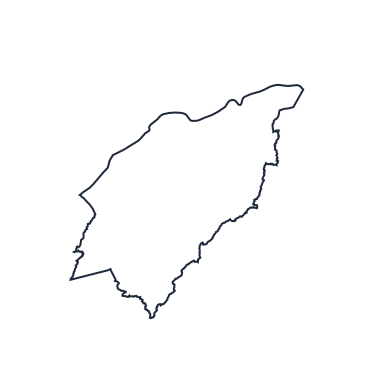 Unguía, Chocó, Colombia (Equal Earth projection), rotated 235°
{"feature_id": "7082276B20687876454915", "entity_name": "Unguía", "entity_type": "district", "adm_level": 2, "iso_a3": "COL", "parent_name": "Colombia", "parent_adm1": "Chocó", "projection": "equal_earth", "projection_center": [-77.198, 8.098], "detail": "fine", "context": "isolated", "style": "outline", "palette": "slate", "viewbox_px": 384, "rotation_deg": 235, "n_neighbors": 0, "source": "geoboundaries", "source_scale": "gbopen_adm2", "svg_char_len": 5994}
<svg xmlns="http://www.w3.org/2000/svg" viewBox="0 0 384 384"><g transform="rotate(235 192 192)"><path d="M212.1,341.9L216.9,341.2L219.3,339.4L223.4,332.0L226.7,328.0L229.8,324.8L231.3,322.4L232.5,319.5L233.5,316.2L234.4,309.6L235.4,305.1L238.4,296.5L239.7,290.3L239.7,288.6L239.3,287.0L235.9,282.8L235.6,282.2L235.7,281.3L236.3,280.6L237.1,280.2L241.3,280.0L242.9,279.3L244.4,277.7L245.1,275.6L244.9,273.2L243.0,268.8L242.7,267.5L242.8,259.4L243.7,252.2L245.6,245.1L246.7,239.4L247.6,236.8L250.1,233.0L251.3,232.0L252.5,231.7L258.5,231.6L260.3,230.8L262.9,228.7L266.9,223.6L269.8,218.7L272.2,213.2L272.5,210.2L272.2,208.4L271.4,205.6L270.9,196.9L270.6,195.7L269.7,194.0L267.4,193.0L266.9,192.5L266.8,191.6L266.9,187.2L265.3,180.7L264.8,177.5L265.7,161.0L267.6,147.9L267.0,147.3L265.9,144.5L264.9,142.5L260.5,137.3L260.0,136.3L259.0,130.9L254.8,114.8L254.1,110.0L254.3,103.0L253.9,98.4L253.5,98.7L250.6,99.1L248.9,99.9L245.7,100.1L240.4,101.0L235.0,101.1L229.1,100.0L228.9,99.0L228.2,98.6L228.0,97.9L227.3,97.6L227.1,96.5L227.4,95.9L226.2,93.6L226.3,92.3L225.3,91.4L224.7,90.2L224.9,89.4L225.6,89.0L225.6,88.3L223.6,86.8L223.7,85.9L223.2,85.1L221.9,84.9L222.0,83.1L221.4,82.0L220.9,81.7L220.9,80.4L220.6,79.5L218.2,78.1L216.3,76.3L216.4,75.3L216.3,73.6L213.5,71.1L212.1,69.2L211.9,68.2L212.2,66.5L212.5,66.3L213.1,66.6L213.2,66.3L210.4,63.0L210.3,62.4L210.5,61.0L210.0,61.3L210.1,62.3L209.9,63.1L208.9,64.1L209.1,65.1L208.6,64.9L208.1,65.7L207.2,65.9L207.0,66.7L206.3,67.4L206.0,67.0L205.7,67.2L205.7,67.8L204.5,67.2L204.1,67.8L203.8,67.8L203.5,67.3L203.4,66.0L203.2,65.7L203.0,66.0L202.9,66.8L202.3,65.3L202.2,64.3L202.5,63.5L202.4,62.6L202.1,62.1L202.3,61.6L201.8,59.0L202.0,58.0L201.6,57.9L200.9,58.6L199.7,58.0L199.5,57.2L199.0,57.1L198.4,54.6L197.9,54.8L197.1,54.3L196.6,52.9L195.3,51.0L194.8,50.7L194.3,49.3L193.5,48.9L193.3,48.0L192.2,47.4L191.8,46.8L191.5,45.9L191.0,45.5L190.9,44.3L190.3,42.6L189.8,42.1L176.0,78.6L175.7,81.0L173.3,80.4L164.8,79.3L163.7,78.8L163.4,77.9L161.8,79.2L159.4,79.9L158.9,79.2L158.5,77.6L158.0,76.9L155.1,75.8L152.5,77.2L151.7,77.3L150.4,79.1L148.1,80.5L147.8,80.1L148.3,78.9L148.2,77.4L147.8,76.3L146.9,75.5L146.0,76.2L145.3,77.3L143.0,79.1L142.8,80.0L143.0,81.2L142.2,80.8L141.9,81.6L140.5,83.8L139.8,84.0L139.6,84.6L139.7,85.5L138.9,86.1L138.6,87.0L138.2,87.1L138.1,86.7L137.7,86.8L135.8,88.6L135.6,89.3L134.2,88.2L133.6,89.0L131.8,89.6L131.1,88.2L129.5,88.7L128.6,88.4L128.0,89.6L127.3,89.7L126.4,89.1L125.3,89.3L124.7,88.2L124.6,87.5L123.8,87.4L122.8,86.5L121.9,87.2L121.4,87.2L121.0,87.8L120.1,87.6L119.6,88.1L118.4,88.2L117.5,87.6L116.4,87.8L115.3,87.5L113.0,85.3L112.4,85.8L112.1,86.5L112.1,87.7L111.5,88.5L111.9,88.8L112.3,90.4L113.8,91.1L114.3,91.7L114.7,92.6L115.1,95.4L116.8,95.8L117.2,96.8L117.7,96.8L117.9,97.4L118.3,97.5L118.2,98.3L118.9,99.0L118.9,99.6L119.1,99.7L118.5,101.6L117.0,101.4L117.2,103.3L116.6,104.0L116.8,104.4L116.6,105.4L117.1,106.4L117.1,107.4L117.8,109.3L117.8,109.9L118.3,110.6L119.0,110.9L119.7,112.6L120.8,114.2L121.0,115.3L120.6,116.0L120.9,117.1L120.6,117.7L120.8,121.1L121.2,121.4L121.7,120.9L123.5,121.8L124.0,122.9L124.8,123.3L126.2,124.6L126.8,124.5L127.4,123.8L129.1,124.2L129.7,125.3L129.7,126.5L130.4,128.9L129.7,129.9L130.0,132.3L129.8,132.8L129.6,135.0L129.8,135.9L130.6,136.4L131.5,137.7L133.2,137.9L133.3,138.6L133.8,138.8L134.1,140.4L133.9,141.3L134.2,142.4L134.6,142.6L134.5,144.3L135.2,145.3L135.3,146.4L134.8,147.7L135.1,147.9L135.0,149.4L135.2,150.8L134.9,151.4L135.0,152.5L134.7,153.1L134.9,153.9L134.5,154.4L133.2,154.2L132.5,155.3L132.3,156.2L131.2,156.6L133.4,158.5L133.2,159.3L133.5,160.0L133.3,160.7L133.5,161.2L135.7,161.6L136.6,162.6L137.4,162.9L137.8,163.6L138.7,163.9L139.8,165.0L141.7,165.7L142.6,166.8L143.3,167.1L143.9,168.6L144.6,169.3L144.5,170.3L144.7,171.4L143.7,171.8L142.8,171.0L142.4,171.0L142.0,172.2L141.2,173.1L141.1,174.3L141.9,176.1L142.0,177.4L141.7,178.5L142.3,182.4L143.1,182.8L143.5,184.4L144.4,185.3L144.4,186.4L145.0,188.0L145.4,188.5L145.5,189.1L145.2,189.5L145.3,190.9L146.2,192.2L146.6,193.9L147.6,194.8L148.0,197.0L148.8,198.4L148.6,200.0L148.1,201.1L148.3,203.1L147.7,204.5L147.8,207.4L147.2,207.2L144.8,208.5L144.5,209.8L143.6,210.3L143.8,211.4L144.5,211.6L145.0,212.3L144.3,215.2L144.6,217.1L144.0,218.1L143.6,218.0L143.2,218.5L143.5,220.8L143.9,221.7L143.9,222.6L144.4,223.0L144.3,223.9L143.9,224.0L143.7,224.8L144.8,225.2L144.9,226.4L145.8,227.7L145.6,229.4L145.8,230.8L145.4,231.7L144.7,232.1L144.4,233.6L143.7,233.6L143.2,234.6L142.7,234.7L142.1,235.7L141.6,235.9L142.6,237.2L144.1,237.6L144.7,236.7L145.9,235.8L146.3,235.1L147.0,235.1L148.2,237.4L148.7,237.6L148.9,238.2L149.8,238.4L149.8,239.0L149.5,239.6L149.7,240.0L149.3,240.4L149.0,241.2L150.1,242.7L150.0,243.8L150.6,244.6L151.0,245.9L152.1,246.3L152.8,247.0L153.0,247.8L153.5,248.1L153.6,248.6L153.9,248.6L155.0,250.7L156.0,250.6L157.0,251.5L157.0,251.8L158.0,253.5L159.3,255.3L160.2,257.6L160.6,257.7L161.1,257.0L162.2,257.1L164.1,260.1L164.2,260.8L164.9,261.3L165.5,261.3L165.5,261.7L165.9,262.0L166.7,262.2L166.7,262.8L168.1,263.3L168.2,264.0L169.6,263.8L171.2,265.9L171.7,266.2L171.7,266.9L172.1,267.3L172.4,268.4L173.2,268.9L173.2,269.3L172.0,269.3L170.5,271.3L170.1,272.5L169.4,272.5L169.4,273.4L168.9,274.1L167.4,274.2L166.5,276.3L165.6,276.6L166.4,277.1L166.6,278.5L167.9,280.2L169.0,279.2L170.0,280.6L170.6,280.5L170.8,281.5L173.9,282.3L174.3,283.7L176.1,284.1L177.3,285.0L179.3,284.3L180.6,285.6L181.8,285.9L182.3,286.9L183.3,286.7L184.1,288.0L183.8,288.8L183.9,289.4L185.1,290.0L185.9,291.2L186.1,293.3L187.3,294.3L187.8,295.2L188.5,294.9L189.5,295.9L190.7,296.1L191.7,297.1L192.6,298.4L193.1,298.0L193.2,296.3L193.7,296.7L194.0,296.3L194.2,295.5L193.9,295.0L194.5,294.0L194.6,293.0L196.9,294.5L198.1,294.7L199.2,295.6L200.4,296.1L201.0,297.0L201.5,297.1L201.5,298.0L201.9,298.7L203.1,299.4L203.8,301.6L203.5,303.5L203.9,304.6L205.0,306.8L208.2,310.0L208.6,311.2L207.9,312.5L207.7,313.8L206.9,315.9L205.4,318.4L203.4,323.7L212.1,341.9Z" fill="none" stroke="#1e293b" stroke-width="2"/></g></svg>